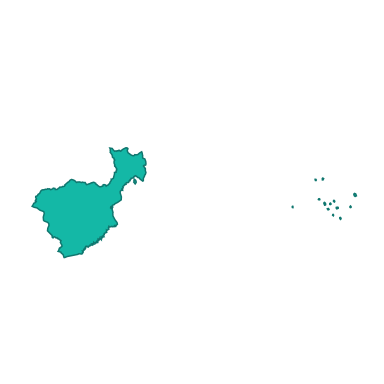 Mamuju, Sulawesi Barat, Indonesia (Mercator projection), rotated 166°
{"feature_id": "22746128B65468173429736", "entity_name": "Mamuju", "entity_type": "district", "adm_level": 2, "iso_a3": "IDN", "parent_name": "Indonesia", "parent_adm1": "Sulawesi Barat", "projection": "mercator", "projection_center": [119.254, -2.427], "detail": "fine", "context": "isolated", "style": "filled", "palette": "teal", "viewbox_px": 384, "rotation_deg": 166, "n_neighbors": 0, "source": "geoboundaries", "source_scale": "gbopen_adm2", "svg_char_len": 6062}
<svg xmlns="http://www.w3.org/2000/svg" viewBox="0 0 384 384"><g transform="rotate(166 192 192)"><path d="M336.3,166.8L333.7,165.3L333.7,164.5L332.2,162.5L332.0,159.4L331.4,159.2L328.8,159.6L318.4,159.1L317.7,159.1L317.0,159.5L316.5,159.3L315.9,159.3L314.5,158.6L313.5,158.6L312.4,159.7L312.6,159.9L312.3,160.0L312.2,160.3L312.4,160.9L312.0,160.7L311.9,161.2L311.1,162.0L310.9,161.9L310.9,162.3L310.5,162.3L310.4,162.7L309.7,162.3L309.3,162.8L309.5,163.0L309.1,163.1L309.2,163.4L309.0,163.5L309.3,163.7L308.3,164.9L307.4,164.7L306.8,164.2L306.8,164.6L306.6,164.5L306.5,164.1L306.0,164.1L305.8,163.8L304.9,164.5L304.7,164.4L304.2,164.8L303.9,164.6L303.8,164.9L303.3,164.9L303.4,165.1L302.7,165.1L302.0,164.7L301.3,164.9L301.4,165.1L301.1,164.6L300.8,164.9L300.9,165.1L300.6,165.3L300.8,165.5L300.4,165.4L300.7,165.7L300.2,165.6L300.1,166.1L299.5,166.4L299.4,166.1L299.4,166.5L299.2,166.4L299.2,166.6L298.5,165.7L297.8,166.2L297.6,165.9L297.4,166.1L297.4,165.8L296.8,165.9L296.9,165.7L296.5,166.2L296.6,166.4L296.2,166.1L296.2,166.8L295.9,166.6L295.8,167.0L295.4,166.6L295.3,167.1L294.8,167.5L294.6,167.5L294.8,168.1L294.4,168.1L294.6,168.3L294.3,168.4L294.6,168.4L294.3,168.5L294.3,168.8L294.0,168.5L293.8,168.7L293.6,168.4L293.3,168.8L293.5,168.2L293.0,168.5L292.9,168.5L292.8,168.9L292.2,168.5L292.2,168.8L291.6,167.8L291.5,168.4L291.0,168.5L291.1,169.0L290.9,169.2L290.9,169.4L290.5,169.3L290.0,169.6L290.3,169.8L290.0,169.9L290.2,170.1L289.8,170.0L290.0,170.3L289.8,170.6L289.6,170.4L288.9,171.0L288.3,170.5L288.4,171.1L288.0,171.7L287.4,171.8L287.2,173.0L284.5,173.5L284.5,173.9L284.9,174.1L284.4,174.7L284.2,175.6L284.0,175.3L281.6,176.1L281.8,177.4L280.9,178.8L280.4,177.9L278.4,178.1L278.0,177.6L277.5,177.5L276.8,177.8L276.1,177.1L275.4,177.4L275.1,178.2L274.7,178.1L274.8,177.2L274.4,177.0L273.4,178.1L272.2,178.7L272.1,179.8L272.2,180.7L273.5,183.8L274.5,188.0L274.0,190.6L273.6,191.2L273.7,194.6L273.0,196.2L272.7,196.4L273.1,196.6L273.2,196.3L274.6,195.7L274.9,196.1L274.7,196.7L274.2,197.5L272.7,197.6L272.3,198.4L270.4,198.6L269.6,199.3L266.7,199.9L262.6,201.5L261.7,204.3L261.9,208.5L261.5,210.0L259.9,210.9L258.9,210.4L258.8,211.1L259.2,211.3L259.0,211.5L259.1,212.1L257.7,212.7L257.9,213.8L257.0,214.5L256.6,214.5L255.6,215.5L255.5,215.3L254.1,215.4L253.9,216.5L253.2,216.9L251.9,216.6L251.2,216.7L250.1,218.1L249.3,218.0L249.1,219.0L247.8,219.5L247.7,220.0L245.8,219.9L244.6,220.6L244.6,221.0L243.1,221.5L242.6,221.4L242.4,220.6L241.6,220.2L241.1,219.2L239.9,218.6L239.3,217.1L237.2,214.5L236.5,214.7L235.9,217.0L234.3,218.8L233.9,219.8L233.1,220.2L232.0,222.0L232.1,224.1L231.6,225.9L231.6,226.3L232.0,226.4L232.3,228.0L232.8,228.7L232.7,229.2L231.7,229.6L230.6,229.3L230.3,229.5L229.8,230.8L229.5,233.0L229.8,235.5L231.5,236.7L231.5,237.8L231.0,239.5L231.1,240.6L230.9,241.6L231.1,243.2L233.5,242.5L235.6,241.4L237.3,241.6L238.5,242.1L239.5,241.3L240.6,241.5L242.0,242.5L244.6,245.6L244.8,247.3L244.7,248.3L244.1,248.8L243.7,249.7L244.4,250.1L244.4,250.6L245.5,250.9L248.3,250.3L250.1,249.6L251.3,248.8L252.1,249.4L252.1,249.8L252.8,250.2L253.6,249.8L254.3,250.1L255.2,249.7L255.7,250.3L257.2,250.2L258.5,252.4L258.8,253.5L261.1,254.5L260.9,253.4L261.3,252.2L261.3,251.1L261.8,250.4L260.8,248.1L260.5,246.4L260.8,245.2L260.3,244.3L259.5,243.7L259.7,242.7L259.2,241.7L259.7,241.5L260.4,240.0L260.6,238.4L260.3,236.9L260.8,236.1L260.7,235.6L260.3,235.3L259.4,232.4L260.1,231.6L260.0,231.1L260.7,230.5L260.8,229.6L262.5,229.7L262.8,228.3L265.0,224.3L266.8,223.8L267.3,224.0L267.5,222.8L269.2,221.3L269.7,220.3L271.5,219.4L272.1,218.8L273.1,219.0L273.9,218.5L274.3,219.8L275.6,220.5L276.6,220.4L277.1,219.3L278.0,219.2L278.6,219.4L279.1,219.1L280.4,219.4L282.0,221.2L282.3,221.9L283.3,222.8L283.3,223.7L284.9,225.2L285.9,225.3L287.0,225.0L287.4,225.3L289.3,224.7L289.7,224.9L291.0,224.6L292.6,224.7L293.4,227.1L294.5,227.3L296.0,228.1L296.9,227.9L298.5,228.9L300.7,229.4L301.7,229.2L303.2,231.6L303.8,231.8L304.0,232.2L305.8,233.3L307.3,233.0L309.2,231.6L309.9,231.6L313.7,229.6L313.6,229.2L314.3,228.5L315.4,228.4L316.1,228.7L317.1,228.3L319.2,228.7L319.5,228.3L320.7,227.9L322.2,227.1L324.1,227.5L324.1,228.6L325.7,229.3L326.3,228.8L328.5,228.4L328.9,228.6L329.3,229.5L330.6,229.7L331.2,230.1L331.8,229.8L332.8,229.8L333.4,230.1L335.2,230.0L336.9,230.3L338.4,229.6L340.2,227.5L342.0,226.9L342.8,225.8L344.7,225.5L345.0,224.6L344.6,223.1L345.0,222.8L344.9,222.4L345.7,222.0L346.2,221.3L345.7,221.1L345.4,220.4L347.0,219.5L348.3,219.3L349.1,218.2L350.6,216.8L348.9,215.4L346.3,214.1L343.9,211.1L341.2,209.3L340.5,208.6L340.6,206.8L342.4,203.6L342.9,200.5L342.4,199.6L339.3,197.4L338.6,195.9L338.9,194.1L340.7,191.7L341.6,189.3L338.2,183.5L338.6,182.1L338.4,181.5L337.9,181.1L337.0,181.8L336.2,181.8L335.1,180.4L334.1,180.3L334.0,179.8L333.5,179.6L333.5,179.1L332.7,178.8L332.4,178.1L330.9,176.6L331.9,174.9L331.1,171.8L331.4,170.6L333.7,169.8L333.7,169.5L334.3,169.5L335.6,167.4L336.3,166.8ZM244.9,218.4L245.6,217.1L245.7,216.0L246.1,215.7L245.2,213.6L243.9,214.7L243.7,215.7L243.8,216.9L244.2,217.5L244.9,218.4ZM34.8,148.2L33.4,148.5L33.6,150.5L34.6,151.3L35.5,150.8L35.5,149.2L34.8,148.2ZM66.4,149.8L66.8,149.0L66.5,147.1L65.6,147.1L65.2,147.9L65.3,148.9L65.9,149.9L66.4,149.8ZM56.0,141.6L55.6,140.6L54.1,140.8L53.9,141.7L54.2,142.0L55.7,142.2L56.0,141.6ZM54.8,131.4L55.0,130.8L54.6,129.5L54.0,129.8L53.7,130.5L54.3,131.5L54.8,131.4ZM62.3,173.6L62.6,172.2L62.0,172.0L61.0,173.1L61.7,173.9L62.3,173.6ZM57.0,149.0L56.7,148.2L56.2,147.8L55.7,148.5L56.0,149.4L56.4,149.6L57.0,149.0ZM61.1,147.5L61.3,146.6L60.8,146.3L60.1,146.5L60.0,147.2L60.4,147.8L61.1,147.5ZM64.8,142.9L64.3,141.7L63.3,141.9L63.4,142.6L63.8,143.1L64.8,142.9ZM42.3,139.6L42.4,138.8L42.0,138.5L41.4,138.6L41.2,139.4L41.6,140.1L42.3,139.6ZM71.2,154.1L70.6,153.6L69.9,153.6L69.7,154.1L70.1,154.7L70.8,154.7L71.2,154.1ZM69.5,174.5L69.5,173.3L68.9,173.1L68.5,173.6L68.8,174.4L69.5,174.5ZM98.2,153.7L98.4,152.7L97.9,152.4L97.6,153.0L97.7,153.8L98.2,153.7ZM60.8,136.1L61.2,135.4L60.6,134.7L60.2,135.3L60.4,136.1L60.8,136.1Z" fill="#14b8a6" stroke="#0f766e" stroke-width="1.5"/></g></svg>